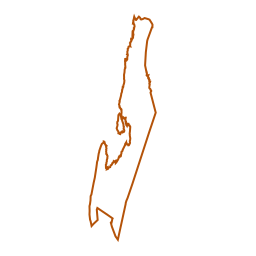 Evenes nor, Nordland, Norway (Natural Earth projection), rotated 105°
{"feature_id": "86288312B82996278706743", "entity_name": "Evenes nor", "entity_type": "district", "adm_level": 2, "iso_a3": "NOR", "parent_name": "Norway", "parent_adm1": "Nordland", "projection": "natural_earth1", "projection_center": [16.89, 68.51], "detail": "fine", "context": "isolated", "style": "outline", "palette": "amber", "viewbox_px": 256, "rotation_deg": 105, "n_neighbors": 0, "source": "geoboundaries", "source_scale": "gbopen_adm2", "svg_char_len": 5692}
<svg xmlns="http://www.w3.org/2000/svg" viewBox="0 0 256 256"><g transform="rotate(105 128 128)"><path d="M18.9,150.8L19.5,150.8L20.2,150.6L21.9,150.7L22.4,150.5L23.0,150.7L24.1,150.2L24.3,150.3L24.0,150.5L25.4,150.3L25.3,150.2L26.0,150.0L25.6,150.0L25.5,149.6L26.3,149.1L26.4,148.8L26.7,148.6L27.8,148.1L27.6,148.1L28.5,147.9L28.7,148.0L29.6,148.0L29.9,148.0L30.0,148.2L30.4,148.1L30.3,147.9L30.5,147.8L31.2,147.8L32.1,147.9L32.9,148.3L33.3,148.3L33.1,148.5L33.3,148.6L35.5,148.1L35.2,148.0L35.3,147.7L35.9,147.8L36.1,147.6L35.9,147.8L35.4,147.6L36.0,147.5L35.7,147.4L35.9,147.1L36.3,146.9L38.1,146.8L37.9,147.1L38.6,147.2L39.0,146.9L39.1,146.6L39.5,146.5L40.7,146.9L40.4,147.4L40.6,147.8L40.9,147.7L41.3,147.8L41.3,148.0L41.9,147.9L42.2,147.5L42.4,147.5L42.2,147.4L42.5,147.2L43.7,147.4L43.8,147.7L45.3,148.1L45.4,147.9L45.2,147.8L46.6,147.6L47.0,147.4L48.4,147.2L48.6,147.0L48.7,147.8L49.3,148.5L51.0,148.4L51.7,148.8L52.6,148.4L53.4,148.3L54.1,148.4L54.6,148.4L56.4,147.7L57.3,148.1L57.6,147.9L57.2,148.0L56.6,147.6L57.0,147.3L57.9,147.0L59.4,147.1L62.0,146.5L63.1,146.9L62.9,147.3L62.1,148.1L61.3,148.8L62.7,148.4L64.1,148.2L66.2,147.4L66.8,147.4L69.8,146.3L70.1,146.4L70.2,146.2L70.9,146.1L72.1,146.4L75.1,145.8L77.7,145.6L80.7,144.7L80.8,144.7L81.6,144.6L82.9,143.8L85.3,143.4L86.9,143.4L87.9,143.5L89.6,143.2L90.6,143.4L90.5,143.6L91.8,143.4L92.9,143.6L93.1,143.4L94.8,143.2L96.7,143.4L97.7,143.2L99.5,143.1L103.3,143.1L104.1,143.3L104.4,142.9L105.0,142.8L107.7,142.8L108.6,142.0L109.8,141.8L109.9,141.7L109.7,141.5L109.9,141.3L111.2,141.1L110.9,141.0L110.9,140.7L111.1,140.4L111.7,140.4L111.2,140.2L111.8,139.7L111.6,139.3L112.0,139.0L114.9,138.2L116.4,138.0L116.5,138.1L118.7,136.9L119.4,136.0L119.6,135.6L119.2,135.6L118.9,135.4L119.9,133.8L119.8,133.7L120.1,133.1L119.9,132.9L117.9,133.1L118.2,132.9L120.2,132.8L122.0,132.2L122.0,131.8L121.7,131.9L122.2,131.6L123.2,131.7L124.2,131.3L124.7,130.8L125.7,130.3L125.9,129.8L126.1,129.6L124.9,129.6L125.1,129.4L125.8,129.1L125.7,129.0L125.3,128.9L124.6,129.2L124.0,129.1L123.9,129.0L123.0,129.1L123.6,128.9L123.9,128.5L124.8,127.9L125.1,127.2L125.7,126.9L125.7,126.6L126.0,126.3L126.3,126.1L130.5,125.3L133.3,124.9L133.7,124.6L134.9,124.3L137.4,123.1L139.4,122.8L140.2,122.9L141.8,122.2L142.3,122.2L144.1,122.6L144.4,122.7L144.5,122.9L144.2,123.2L143.9,123.2L144.4,123.5L144.2,123.7L143.9,123.8L143.6,124.1L143.1,124.0L143.5,124.1L144.0,124.7L142.8,125.6L143.0,126.0L142.6,126.1L144.2,126.6L145.7,126.4L146.3,126.7L148.2,127.0L148.4,127.1L149.7,127.3L150.1,127.5L150.9,127.4L151.9,127.5L152.5,128.1L153.2,128.1L153.8,127.8L155.2,127.8L155.5,127.9L156.7,127.6L157.3,127.7L158.1,128.6L157.6,129.1L158.7,129.4L159.4,129.2L161.3,129.5L163.0,130.0L162.8,130.1L163.0,130.2L162.8,130.4L163.5,130.6L163.1,130.7L162.9,131.0L163.8,131.2L163.2,131.4L163.5,131.4L163.6,131.5L163.4,131.6L162.9,131.7L163.4,131.6L163.2,131.7L163.3,131.8L163.7,131.7L164.0,131.4L164.3,131.4L163.5,132.3L163.7,132.8L164.1,132.9L164.0,133.1L164.7,133.0L165.2,133.2L165.4,133.4L165.2,133.6L166.1,134.1L166.8,134.0L168.1,134.4L168.5,135.1L170.4,135.1L170.8,136.1L172.9,136.9L173.0,137.1L172.8,137.3L173.1,137.6L172.8,137.6L173.1,137.6L172.5,137.7L173.0,137.9L172.9,138.2L172.2,138.4L172.5,138.6L172.4,138.9L169.1,139.9L168.2,139.6L167.2,139.9L165.6,139.8L164.5,140.2L162.4,140.1L162.0,140.3L160.4,140.5L160.0,140.8L159.7,141.2L159.2,141.4L159.2,141.6L158.8,141.9L158.8,142.2L158.5,142.4L157.5,142.5L156.3,143.1L155.4,143.1L154.4,143.6L153.6,143.4L152.1,144.2L151.9,144.1L152.0,144.1L151.3,144.4L150.9,144.2L151.0,144.1L150.8,144.1L150.8,144.3L151.2,144.5L150.9,144.8L150.2,145.1L149.9,145.7L148.4,146.7L148.2,146.8L148.3,146.9L147.7,147.6L147.3,147.8L147.3,148.0L148.1,147.8L148.5,147.9L148.5,148.0L148.9,148.1L149.9,149.0L150.4,149.2L152.8,149.5L157.3,149.8L159.2,149.6L160.1,149.7L164.8,149.2L166.7,148.9L168.1,149.1L169.8,149.0L170.0,148.9L174.7,148.3L184.7,147.2L189.6,147.0L201.9,146.1L202.8,146.4L203.7,146.4L207.6,145.5L211.5,145.0L213.4,145.0L218.1,143.6L221.6,142.8L226.4,140.9L227.7,140.0L232.1,137.8L229.7,136.6L224.7,133.5L215.0,137.0L213.2,136.9L217.2,125.3L219.3,119.5L219.7,119.6L223.2,119.4L223.4,119.4L223.3,119.6L223.4,119.9L223.9,120.1L227.5,118.0L235.9,112.0L238.5,108.9L201.9,110.6L201.0,110.8L198.5,110.7L195.8,110.3L180.9,109.3L127.3,106.5L106.0,105.2L88.0,115.4L86.2,115.1L85.9,115.4L85.9,115.7L85.1,116.1L84.5,116.6L84.4,117.1L83.9,117.7L83.1,118.0L80.2,118.3L79.9,118.8L79.7,118.9L78.6,118.9L78.4,118.6L77.6,118.6L77.7,119.0L77.9,119.0L77.7,119.4L77.4,119.5L76.9,119.3L76.5,119.8L75.8,119.8L75.7,120.3L75.0,120.5L75.2,120.8L74.9,121.2L74.3,121.0L74.1,121.2L74.2,121.5L73.9,121.7L72.9,122.0L71.8,122.0L72.0,122.3L72.5,122.2L72.4,122.5L71.8,122.4L72.4,122.8L72.5,123.1L72.2,123.2L72.2,123.6L70.1,123.9L69.5,124.3L69.5,124.5L68.7,124.7L68.7,124.9L63.1,127.7L50.1,130.4L39.0,132.0L37.4,132.0L24.6,130.9L24.4,130.5L21.8,131.1L20.9,131.9L17.8,135.2L17.6,136.4L17.5,140.4L19.1,142.1L19.4,142.9L19.8,143.4L19.6,144.0L18.8,144.5L18.3,145.0L17.6,146.3L21.5,148.1L21.5,148.5L20.7,149.0L19.7,150.2L18.9,150.8ZM132.7,130.9L131.6,130.8L130.2,131.6L130.0,131.9L129.7,132.1L127.8,132.3L127.4,132.8L125.8,133.3L123.8,134.6L123.3,135.0L121.4,136.1L121.1,136.6L119.6,137.3L117.5,138.6L116.4,140.0L118.0,140.6L123.7,139.5L124.9,139.9L126.7,139.5L127.2,139.0L128.6,138.8L131.0,138.9L131.4,138.8L131.7,138.5L133.1,137.5L133.6,136.7L134.2,136.2L135.6,135.9L135.6,135.7L135.4,135.6L135.3,135.3L135.6,134.9L135.4,134.7L135.6,134.5L135.5,134.3L135.9,134.1L135.9,133.9L134.2,133.9L133.8,133.5L133.8,133.1L133.0,132.8L133.5,132.4L133.2,132.2L133.5,131.8L133.4,131.7L133.8,131.5L132.0,131.6L132.8,131.1L132.7,130.9Z" fill="none" stroke="#b45309" stroke-width="2"/></g></svg>